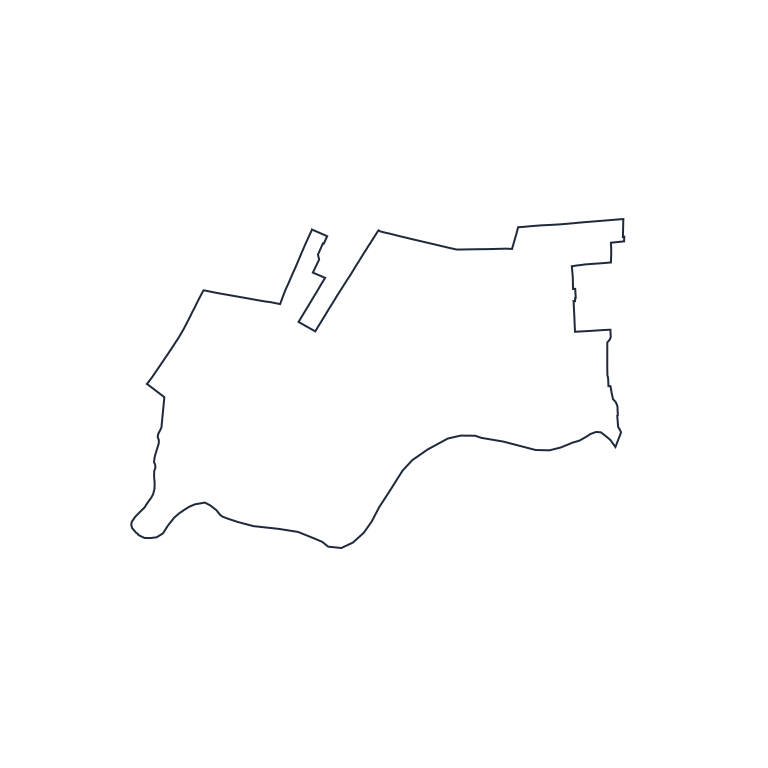 Cornetu, Giurgiu, Romania, rotated 329°
{"feature_id": "2599482B43761386306926", "entity_name": "Cornetu", "entity_type": "district", "adm_level": 2, "iso_a3": "ROU", "parent_name": "Romania", "parent_adm1": "Giurgiu", "projection": "natural_earth1", "projection_center": [25.931, 44.345], "detail": "fine", "context": "isolated", "style": "outline", "palette": "slate", "viewbox_px": 768, "rotation_deg": 329, "n_neighbors": 0, "source": "geoboundaries", "source_scale": "gbopen_adm2", "svg_char_len": 3855}
<svg xmlns="http://www.w3.org/2000/svg" viewBox="0 0 768 768"><g transform="rotate(329 384 384)"><path d="M549.9,557.2L551.0,556.4L557.6,551.2L559.2,550.0L562.3,547.5L562.7,543.6L562.5,543.2L562.8,540.9L563.1,540.3L564.8,536.9L567.6,531.3L568.2,531.3L569.5,529.1L570.7,526.8L571.5,525.4L572.3,524.0L573.0,521.8L573.3,518.7L572.9,517.0L572.5,515.1L574.4,509.2L577.0,502.5L575.3,501.4L578.5,495.6L579.5,493.4L579.8,491.9L583.2,486.0L586.4,480.6L587.1,479.5L596.8,463.4L600.6,462.1L602.5,460.6L606.0,454.1L604.3,453.1L601.4,451.6L599.2,450.4L586.9,444.1L576.9,438.8L574.6,437.6L578.9,429.7L583.1,422.0L585.4,417.6L585.6,417.3L587.4,413.9L589.1,410.9L589.2,410.6L590.0,411.2L590.4,411.4L592.3,408.6L592.8,408.8L594.6,405.3L594.7,405.0L596.6,401.6L596.9,400.9L595.0,399.9L600.9,389.5L602.8,385.7L605.6,379.8L606.8,380.3L610.7,381.9L613.1,383.0L618.0,385.1L622.4,387.3L633.4,392.9L641.1,396.7L644.8,391.0L645.0,390.8L648.9,384.2L649.7,382.7L651.3,379.8L663.3,385.4L663.8,384.5L664.8,383.0L665.8,381.5L664.5,381.0L674.1,365.9L671.4,364.5L656.4,357.1L640.5,349.2L631.3,344.7L630.7,344.5L627.7,343.0L621.9,340.2L617.1,337.8L611.3,334.8L608.3,333.2L600.1,328.8L595.7,326.6L588.8,323.2L585.0,321.4L579.7,318.7L576.0,322.3L574.4,323.9L572.4,325.7L566.2,331.5L564.0,333.5L563.3,334.2L561.1,332.7L557.6,330.4L554.5,328.7L548.7,325.4L547.1,324.5L542.0,321.6L534.0,316.9L525.9,312.2L517.4,307.3L515.6,306.2L510.3,301.2L501.2,292.3L483.9,275.5L472.0,263.8L465.6,257.3L464.4,256.3L459.4,251.3L458.5,249.5L457.3,249.9L456.6,250.3L456.0,250.6L452.8,252.2L451.6,252.8L451.0,253.1L450.5,253.3L449.2,254.0L446.4,255.4L443.8,256.7L441.0,258.0L438.4,259.4L434.1,261.5L431.0,263.1L427.3,265.0L425.4,266.0L423.5,266.9L422.9,267.2L419.1,269.2L410.5,273.7L406.6,275.5L403.8,276.9L399.8,278.9L394.6,281.5L389.7,283.9L385.0,286.4L380.8,288.6L375.0,291.5L370.9,293.7L366.7,295.9L361.5,298.6L356.6,301.1L352.2,303.5L342.7,286.8L345.0,285.6L361.1,277.1L368.2,273.3L374.5,270.0L382.2,265.8L388.2,262.7L387.9,262.4L386.9,260.9L384.3,257.3L380.4,251.9L392.5,243.9L394.0,239.1L403.7,232.3L404.2,232.0L404.7,232.7L411.4,228.1L409.2,224.9L402.0,214.8L401.8,214.5L401.6,214.7L389.1,223.3L386.7,225.0L381.4,228.8L368.4,238.3L364.6,240.9L359.5,244.5L354.7,248.0L352.8,249.3L348.1,252.5L342.3,257.0L336.1,262.0L329.0,255.5L324.7,252.1L316.7,245.2L315.4,244.0L287.9,220.1L277.7,210.8L276.7,211.2L269.3,215.7L264.7,218.6L260.4,221.4L257.2,223.3L253.4,225.8L249.2,228.4L245.0,231.0L241.3,233.3L235.4,236.6L231.7,238.6L225.2,241.7L220.1,244.2L213.7,247.2L209.6,249.1L203.6,251.9L200.3,253.4L195.1,255.8L188.1,259.0L187.6,259.2L185.4,260.1L183.4,260.9L180.8,261.8L183.5,268.4L188.9,282.1L188.7,282.5L170.7,306.8L164.4,310.8L162.7,312.9L162.1,316.1L160.6,318.6L158.5,320.6L155.5,323.2L153.7,324.9L151.8,326.5L149.4,329.0L147.7,331.1L146.9,332.1L146.5,333.2L146.3,335.2L145.7,336.6L145.0,337.8L144.3,338.7L143.2,339.4L141.9,340.6L141.1,342.1L140.5,342.9L140.0,343.7L139.4,344.8L138.4,346.6L137.9,347.6L137.5,348.6L136.5,350.4L135.7,351.9L134.7,353.4L133.6,355.3L129.3,359.6L126.0,361.5L124.5,362.2L122.1,363.2L120.2,364.1L118.9,364.6L118.0,365.0L117.7,365.1L115.6,366.4L111.7,367.3L102.6,369.6L96.8,372.2L94.7,374.7L93.9,377.9L94.9,383.8L95.8,385.8L95.8,387.1L99.3,392.5L104.3,395.7L110.2,398.3L117.6,398.2L125.6,394.2L135.3,390.5L141.6,389.4L148.3,389.0L154.0,388.9L160.1,389.8L169.4,393.4L172.6,398.7L175.3,405.7L176.2,412.0L177.5,414.9L181.2,419.5L187.7,427.1L198.9,438.6L219.2,454.0L234.1,466.5L244.6,480.4L249.7,487.4L252.4,494.7L262.9,502.6L275.7,503.9L290.1,501.1L302.7,495.5L316.6,487.0L332.1,479.5L355.3,467.8L369.2,463.8L387.8,462.6L410.6,463.6L423.1,467.7L435.5,475.3L439.6,480.2L456.6,494.8L480.0,518.7L491.7,526.1L503.0,529.5L515.5,531.4L522.4,533.2L530.8,533.4L535.2,533.2L541.0,534.3L544.9,537.0L546.8,541.6L549.2,548.5L549.9,557.2Z" fill="none" stroke="#1e293b" stroke-width="2"/></g></svg>